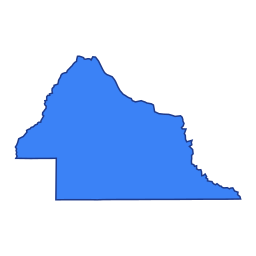 Castanheiras, Rondônia, Brazil
{"feature_id": "56859067B68842003571773", "entity_name": "Castanheiras", "entity_type": "district", "adm_level": 2, "iso_a3": "BRA", "parent_name": "Brazil", "parent_adm1": "Rondônia", "projection": "orthographic", "projection_center": [-61.87, -11.438], "detail": "fine", "context": "isolated", "style": "filled", "palette": "blue", "viewbox_px": 256, "rotation_deg": 0, "n_neighbors": 0, "source": "geoboundaries", "source_scale": "gbopen_adm2", "svg_char_len": 2244}
<svg xmlns="http://www.w3.org/2000/svg" viewBox="0 0 256 256"><path d="M154.1,108.8L153.4,105.0L151.3,103.8L146.8,103.0L145.4,102.2L141.2,100.7L135.4,101.9L132.3,100.6L131.2,98.5L129.7,98.1L127.6,97.1L125.6,95.7L123.2,94.3L121.7,92.6L120.0,90.6L119.1,89.0L117.9,86.8L116.6,83.9L115.4,81.3L114.3,79.5L112.2,76.8L109.2,75.5L106.7,74.5L104.5,72.6L102.7,69.5L98.5,61.0L95.5,57.1L92.8,56.8L91.1,60.0L90.0,58.9L88.0,58.7L85.5,59.2L84.2,59.0L83.6,57.7L81.6,56.9L79.2,56.2L77.5,56.3L76.7,59.6L76.5,61.4L74.8,62.4L73.2,64.1L72.2,65.7L70.9,66.9L69.4,68.5L67.4,70.5L66.6,72.5L64.5,72.9L62.3,73.7L61.0,75.2L60.4,77.2L59.4,78.8L58.6,80.3L58.3,82.3L57.8,84.1L55.8,84.8L54.1,85.3L54.0,86.7L52.2,88.5L52.0,90.4L52.4,93.1L49.5,93.9L49.7,95.3L47.7,95.4L46.7,96.8L46.7,100.4L44.9,100.7L45.4,102.3L44.5,103.7L45.0,105.0L46.2,106.2L46.0,108.4L45.0,109.6L44.0,111.0L42.7,112.6L42.5,114.8L43.7,115.9L42.7,117.7L41.1,120.4L40.7,122.2L38.9,122.2L37.7,123.0L37.2,124.3L35.2,124.9L33.3,126.8L31.2,127.4L29.8,129.0L28.5,129.3L26.6,130.4L26.9,132.2L25.1,134.3L24.2,135.4L23.3,136.5L21.4,137.4L18.7,138.8L17.7,142.5L16.6,145.2L15.4,147.0L16.6,148.9L16.1,150.6L16.7,152.4L16.2,154.2L17.1,156.2L15.9,158.3L31.0,158.5L39.7,158.4L48.6,158.4L56.3,158.3L55.9,199.8L65.7,199.7L83.8,199.7L89.9,199.7L97.7,199.8L99.1,199.7L100.6,199.7L102.7,199.6L118.7,199.5L131.8,199.5L135.8,199.5L154.3,199.4L171.5,199.4L188.8,199.3L206.2,199.2L224.4,199.2L240.6,199.0L239.9,196.5L237.6,194.7L238.0,192.2L234.6,191.0L233.7,189.5L232.8,187.9L230.7,188.1L229.4,188.8L227.3,187.7L223.8,187.9L222.2,187.4L221.2,186.2L219.9,186.0L217.0,183.7L215.6,184.7L214.2,184.2L212.8,183.0L212.0,181.6L209.7,181.3L207.5,180.8L207.7,179.0L205.9,177.8L206.6,176.6L205.1,174.0L203.4,175.4L201.8,175.7L201.5,171.7L200.8,169.7L198.5,169.9L196.6,168.8L196.6,165.8L194.5,166.3L193.9,164.8L191.6,163.8L191.4,161.0L191.7,158.6L191.6,155.4L193.1,153.8L192.6,149.5L189.4,146.4L191.8,144.8L191.3,142.3L192.0,140.3L186.7,141.8L185.5,139.3L185.3,135.3L184.3,133.7L186.0,129.0L182.3,128.9L181.5,127.6L183.2,125.9L184.0,123.4L182.9,121.2L182.8,119.4L182.1,117.2L180.6,115.8L175.0,116.4L172.9,115.6L168.8,114.4L163.8,114.2L159.0,113.7L156.4,112.5L154.6,111.7L154.1,108.8Z" fill="#3b82f6" stroke="#1e3a8a" stroke-width="1.5"/></svg>